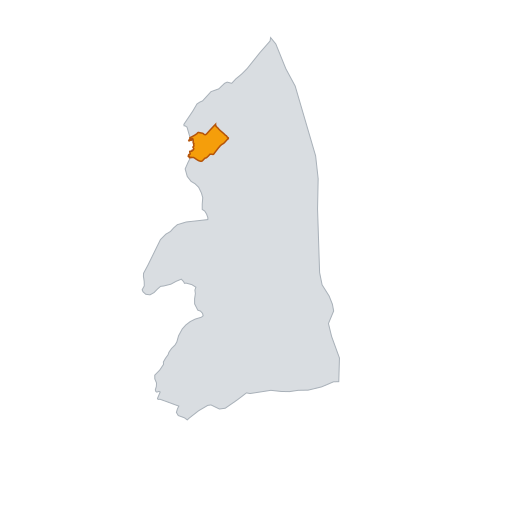 location of Konobo, Grand Gedeh, Liberia, rotated 222°
{"feature_id": "62588387B20671280647544", "entity_name": "Konobo", "entity_type": "district", "adm_level": 2, "iso_a3": "LBR", "parent_name": "Liberia", "parent_adm1": "Grand Gedeh", "projection": "natural_earth1", "projection_center": [-7.832, 5.841], "detail": "fine", "context": "in_parent", "style": "filled", "palette": "amber", "viewbox_px": 512, "rotation_deg": 222, "n_neighbors": 0, "source": "geoboundaries", "source_scale": "gbopen_adm2", "svg_char_len": 4042}
<svg xmlns="http://www.w3.org/2000/svg" viewBox="0 0 512 512"><g transform="rotate(222 256 256)"><path d="M110.4,218.0L114.2,214.4L119.7,202.6L127.5,191.2L134.7,184.5L140.4,177.6L146.5,172.3L155.1,166.1L168.4,149.8L171.5,147.9L173.6,136.7L177.0,122.3L180.8,117.8L189.8,115.2L191.9,112.7L195.1,102.6L197.2,90.8L197.4,88.2L200.9,87.9L207.0,85.4L210.5,86.5L212.1,89.9L212.9,92.8L231.3,85.4L232.9,83.9L233.9,84.2L236.2,90.8L237.5,90.4L238.6,88.5L239.8,88.3L241.3,89.2L242.7,92.3L245.0,95.1L249.0,97.0L251.5,99.7L251.2,106.8L252.2,113.6L253.9,115.2L254.8,119.3L255.3,123.9L256.3,126.2L256.9,130.8L256.6,135.7L257.3,139.1L260.2,145.0L262.0,152.5L262.0,157.8L261.0,163.3L259.0,168.4L255.6,174.0L255.3,176.2L257.3,177.6L260.4,177.9L263.0,176.8L269.5,179.3L272.9,183.0L275.9,187.5L278.6,189.8L279.8,192.6L284.5,191.8L289.8,189.1L290.9,187.8L292.5,188.5L296.0,188.8L298.4,183.8L300.4,178.1L304.5,172.0L306.6,169.6L307.1,165.7L307.3,160.6L308.8,156.2L312.3,153.8L316.0,153.8L318.0,154.7L319.0,159.0L322.0,162.2L324.6,164.4L325.9,165.4L328.0,167.9L330.1,176.5L338.0,204.3L337.6,211.9L336.0,216.9L336.0,221.8L335.4,226.7L330.6,234.6L316.2,250.8L317.3,252.2L320.8,254.1L324.2,255.1L327.1,254.6L330.7,258.6L334.6,263.7L338.7,266.3L344.6,268.7L349.7,268.9L354.1,268.0L360.3,269.1L366.9,273.3L369.2,280.2L370.8,286.3L373.1,289.4L373.4,294.6L378.1,299.2L384.8,300.2L393.5,305.6L395.7,305.3L396.6,304.6L397.7,305.6L399.9,321.2L401.6,329.5L400.7,332.9L399.5,335.5L399.4,348.1L395.5,355.3L394.9,363.3L393.8,365.9L389.6,368.1L389.5,374.2L388.4,381.6L388.0,389.4L389.2,409.9L389.4,425.2L391.3,428.1L383.1,426.8L359.1,415.1L340.6,408.5L278.7,370.3L261.5,355.0L241.7,332.1L197.6,286.2L187.6,278.8L174.9,275.2L167.0,271.3L161.5,267.1L157.0,254.3L146.0,246.8L125.7,236.0L110.4,218.0Z" fill="#d9dde1" stroke="#a8b0b8" stroke-width="1"/><path d="M373.3,326.3L373.6,326.3L373.9,326.3L374.2,326.7L374.3,324.5L374.4,320.3L374.4,317.2L374.4,315.5L374.4,313.3L374.8,312.2L375.1,312.0L376.1,311.6L376.7,311.6L377.1,311.7L378.0,311.4L378.6,311.0L381.0,309.6L381.6,309.2L381.7,308.7L381.8,308.5L381.8,307.9L381.7,307.5L382.5,304.4L382.7,303.9L383.3,302.1L384.0,300.3L384.3,299.7L384.1,299.4L383.9,299.3L383.7,299.4L383.5,299.5L383.4,299.6L383.2,299.5L383.2,299.2L383.4,298.6L383.5,297.9L383.2,297.2L383.1,296.7L382.9,296.7L382.6,297.0L382.5,297.4L382.3,298.1L382.0,298.4L381.8,298.5L381.6,298.5L381.5,298.8L381.6,299.2L381.9,299.5L382.1,300.0L382.1,300.3L381.9,300.6L381.7,300.8L381.4,300.8L380.9,300.6L380.4,300.1L379.9,299.7L379.4,299.3L379.2,298.9L378.8,298.4L378.5,298.2L378.3,298.0L377.9,297.9L377.8,298.0L377.5,298.1L377.2,297.8L377.0,297.2L376.7,296.9L376.0,296.5L375.8,296.2L375.7,296.0L375.8,295.4L375.8,294.9L375.6,294.6L375.1,294.5L374.1,294.2L373.8,293.5L373.7,293.4L373.6,292.6L373.8,292.3L374.2,292.1L374.3,291.7L374.2,291.5L373.8,291.1L373.9,290.8L374.1,290.6L374.5,290.3L375.2,289.7L375.2,289.4L375.1,289.2L374.6,288.8L374.2,288.5L373.8,288.3L373.3,287.9L373.3,287.6L373.2,287.3L373.6,286.9L373.8,286.5L373.7,286.2L373.6,285.7L373.1,284.9L373.0,284.7L372.7,284.7L372.6,284.8L372.6,285.0L372.6,285.4L372.4,285.5L372.2,285.4L371.9,285.0L371.4,284.6L371.2,284.5L370.9,284.6L370.8,284.9L370.7,285.5L370.4,285.8L370.2,286.0L369.8,286.2L369.7,286.1L368.6,287.3L367.3,287.7L367.2,287.7L365.3,287.9L363.1,288.3L362.3,288.5L361.0,289.1L360.2,289.6L359.6,290.5L359.5,291.8L359.5,292.2L359.5,293.0L359.4,293.9L359.4,294.7L358.8,295.3L358.5,296.2L358.3,298.5L358.3,300.1L358.3,300.9L357.9,301.2L357.4,301.7L356.9,302.1L356.3,302.4L355.8,302.8L355.6,303.2L355.7,304.3L355.8,305.3L356.0,307.9L356.3,311.7L356.2,313.1L356.3,313.5L356.4,313.9L356.2,314.9L356.1,315.8L355.9,316.5L355.5,317.7L355.3,318.9L355.3,319.9L355.3,324.4L355.5,324.7L355.2,324.8L355.5,325.2L355.8,325.3L356.0,325.0L356.5,325.1L357.0,325.2L357.7,325.3L358.2,325.5L358.5,325.5L359.5,325.3L360.0,325.3L361.4,325.4L361.5,325.4L362.9,325.4L366.2,325.3L366.8,325.3L367.1,325.3L368.7,325.4L369.7,325.6L371.5,325.6L372.9,325.7L373.1,325.9L373.3,326.3Z" fill="#f59e0b" stroke="#b45309" stroke-width="1.5"/></g></svg>